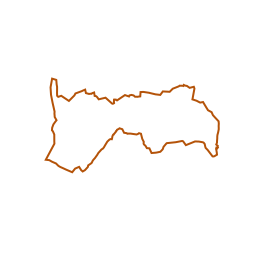 Demsa, Adamawa, Nigeria, rotated 210°
{"feature_id": "59680162B45761287530482", "entity_name": "Demsa", "entity_type": "district", "adm_level": 2, "iso_a3": "NGA", "parent_name": "Nigeria", "parent_adm1": "Adamawa", "projection": "natural_earth1", "projection_center": [11.987, 9.411], "detail": "fine", "context": "isolated", "style": "outline", "palette": "amber", "viewbox_px": 256, "rotation_deg": 210, "n_neighbors": 0, "source": "geoboundaries", "source_scale": "gbopen_adm2", "svg_char_len": 2801}
<svg xmlns="http://www.w3.org/2000/svg" viewBox="0 0 256 256"><g transform="rotate(210 128 128)"><path d="M194.1,96.9L194.4,93.8L193.8,90.3L192.7,88.0L191.4,87.6L188.6,85.5L185.1,79.5L183.9,77.6L183.3,59.4L180.1,60.8L176.9,60.8L172.6,61.3L169.3,60.4L167.1,60.4L164.3,60.7L160.9,61.0L154.2,61.8L153.5,66.4L150.9,69.9L147.5,68.1L145.5,67.7L144.2,70.0L143.3,74.1L143.4,74.5L143.8,75.7L142.4,78.6L142.0,79.8L142.2,81.8L142.1,83.1L141.6,85.3L141.2,89.4L141.2,91.5L140.5,94.8L140.2,96.2L139.4,97.7L139.2,99.3L139.2,102.0L139.1,105.9L138.3,108.6L137.7,109.6L136.4,110.2L136.8,111.6L137.2,112.6L137.4,113.2L137.4,113.8L137.5,114.3L137.5,114.8L137.3,115.1L137.2,115.2L137.1,115.3L137.2,115.5L137.2,115.8L137.1,116.2L137.0,116.5L136.9,116.8L136.8,118.1L136.6,118.6L136.6,119.0L136.8,119.5L136.6,119.8L136.5,120.0L136.5,120.6L136.6,120.9L136.4,121.4L135.6,122.4L135.2,123.5L132.3,124.1L129.0,121.9L126.5,122.9L126.0,122.8L125.7,122.7L124.5,123.6L122.8,124.5L117.3,126.7L116.3,128.0L115.9,129.0L113.9,129.5L110.2,125.7L108.2,124.4L107.4,123.9L106.9,122.6L106.1,121.8L105.2,121.6L103.9,121.3L101.6,120.0L99.3,121.1L95.1,118.1L92.2,120.1L91.0,121.0L88.1,123.6L87.3,126.9L87.8,129.5L87.0,133.9L86.8,134.3L79.5,139.6L74.7,143.8L74.1,144.0L73.6,144.0L73.1,143.8L69.3,142.1L63.2,149.9L59.8,151.7L55.9,153.1L55.1,153.1L53.6,152.5L51.6,150.3L50.8,149.6L48.0,148.8L40.6,145.7L39.9,146.0L39.1,146.7L37.6,149.4L38.9,151.2L40.4,153.0L41.3,154.0L41.5,154.8L40.6,154.7L40.4,156.2L41.4,156.9L41.4,157.4L43.3,157.8L43.6,159.8L44.1,160.7L44.8,162.1L45.4,163.4L46.5,165.4L47.1,166.8L47.7,169.1L48.8,172.3L50.0,174.3L50.4,174.9L51.5,177.1L52.9,179.1L57.8,180.6L60.9,181.6L63.5,183.5L67.6,183.4L70.6,185.0L73.5,186.6L76.0,188.0L78.2,186.1L79.6,186.0L82.2,185.9L86.5,185.0L90.2,195.4L91.6,196.6L94.7,193.6L98.0,193.9L100.0,193.2L101.2,193.2L101.1,192.2L101.4,192.2L101.5,192.0L102.1,191.7L102.9,191.3L103.4,191.0L103.9,190.7L104.4,190.5L104.9,189.4L108.9,184.4L110.0,180.2L116.1,177.1L116.6,172.8L121.0,170.9L126.7,169.2L127.2,169.1L132.8,166.9L135.1,165.4L133.2,161.5L134.8,160.3L135.3,159.8L136.2,159.4L137.6,158.6L139.4,159.0L141.5,158.4L143.0,157.0L142.9,155.8L145.9,155.2L147.1,155.0L151.3,146.4L152.6,146.3L152.8,146.5L153.5,146.1L153.9,145.9L154.3,145.6L153.4,143.8L152.5,142.6L152.9,141.8L153.7,141.2L153.9,141.2L154.5,141.3L158.3,142.1L162.6,143.0L167.7,138.2L170.4,139.4L171.7,139.6L172.9,139.1L175.1,141.8L176.4,140.3L176.7,139.4L177.5,139.0L178.8,138.0L181.9,137.2L184.3,139.8L185.6,138.1L186.4,136.9L190.8,131.6L190.7,129.4L192.7,121.9L201.9,122.5L204.0,120.1L205.5,120.5L206.9,122.7L208.0,124.7L210.0,128.2L211.6,130.1L213.6,133.0L214.2,133.8L218.4,132.8L215.4,124.5L211.3,118.3L205.9,112.1L199.8,105.5L198.9,103.7L197.7,102.0L197.0,100.9L193.8,99.0L194.1,96.9Z" fill="none" stroke="#b45309" stroke-width="2"/></g></svg>